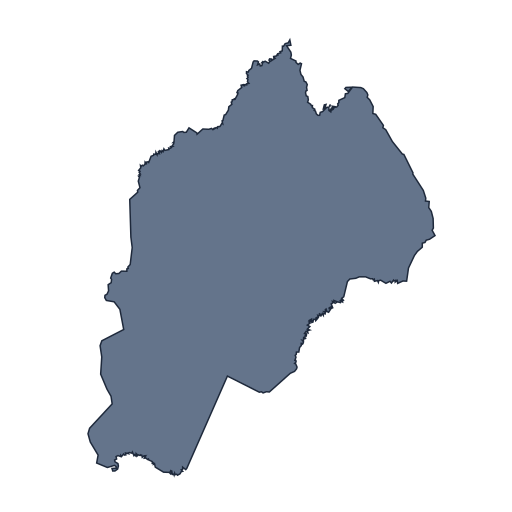 Mamberamo Raya, Papua, Indonesia, rotated 86°
{"feature_id": "22746128B39960960221771", "entity_name": "Mamberamo Raya", "entity_type": "district", "adm_level": 2, "iso_a3": "IDN", "parent_name": "Indonesia", "parent_adm1": "Papua", "projection": "orthographic", "projection_center": [137.649, -2.444], "detail": "fine", "context": "isolated", "style": "filled", "palette": "slate", "viewbox_px": 512, "rotation_deg": 86, "n_neighbors": 0, "source": "geoboundaries", "source_scale": "gbopen_adm2", "svg_char_len": 6063}
<svg xmlns="http://www.w3.org/2000/svg" viewBox="0 0 512 512"><g transform="rotate(86 256 256)"><path d="M291.6,107.5L278.6,104.7L266.5,97.9L262.7,94.7L258.8,89.5L254.8,89.2L254.3,86.5L252.1,85.1L251.4,81.7L248.1,76.0L242.6,78.5L240.5,77.1L230.9,76.7L223.7,78.0L219.8,80.3L213.7,79.4L213.0,83.1L210.1,82.6L202.3,84.5L185.2,93.9L184.0,93.6L165.0,101.4L164.5,102.9L151.3,112.0L139.0,117.8L136.9,120.5L134.6,119.8L123.0,126.7L122.0,129.5L115.1,128.7L108.1,131.7L105.5,134.0L103.1,133.2L100.7,134.0L96.6,137.2L95.3,139.7L94.2,147.9L100.2,153.1L100.4,155.5L104.2,156.4L106.5,162.5L108.8,162.7L109.9,163.9L111.4,163.5L113.0,165.1L113.2,167.6L115.1,168.8L116.0,170.9L117.4,171.3L116.0,173.1L112.6,172.9L112.6,175.0L116.6,179.5L117.2,181.9L120.1,182.7L120.0,184.4L118.4,185.9L115.5,186.6L114.8,187.8L113.7,187.1L111.9,189.5L109.9,189.2L109.9,190.2L108.4,190.9L106.2,193.8L103.9,192.9L100.5,193.2L99.8,194.7L96.6,195.2L94.8,194.6L94.4,193.5L91.2,193.8L88.6,192.9L85.8,194.1L85.1,195.7L80.7,196.6L78.0,198.5L73.8,199.2L67.4,197.2L66.6,198.5L67.8,200.6L65.7,202.6L64.3,202.5L61.3,207.8L58.0,206.7L55.1,207.0L48.4,210.8L48.2,206.5L42.8,207.2L45.6,209.0L46.2,212.1L48.7,213.9L48.5,215.0L53.2,215.5L53.8,217.8L55.0,217.2L55.8,220.3L57.0,220.2L56.8,221.0L57.8,221.5L58.2,224.5L59.0,224.4L58.6,223.4L59.7,224.2L60.2,223.3L62.3,227.1L60.6,226.7L60.3,228.7L61.5,229.4L62.7,228.6L64.6,229.9L62.3,233.3L63.1,234.9L62.5,235.6L63.6,236.8L64.3,236.1L66.5,236.9L66.7,238.5L64.6,238.9L65.4,241.1L62.6,240.0L61.6,241.0L61.2,244.3L62.2,245.3L68.5,247.4L70.3,250.1L72.0,250.9L71.5,252.6L73.3,252.8L75.1,251.3L75.8,252.1L77.1,251.4L78.4,252.7L79.2,251.7L81.6,252.4L83.3,251.1L83.6,253.5L84.6,253.4L84.3,255.4L85.4,255.6L85.1,256.8L84.2,256.8L84.6,259.0L86.9,258.5L89.7,262.6L91.7,263.6L92.1,262.6L93.8,263.2L97.4,265.5L97.6,266.5L98.3,266.2L98.5,268.8L100.4,269.1L100.8,270.0L103.0,269.5L105.2,272.7L108.6,273.4L112.8,276.4L113.2,277.9L118.6,279.6L118.8,280.4L121.8,280.0L121.2,280.7L124.3,282.9L124.3,285.1L125.6,285.6L125.0,286.0L126.4,289.0L125.6,288.6L125.8,289.2L126.9,290.2L125.6,291.5L126.3,294.2L125.6,300.2L130.4,306.3L129.0,306.5L123.5,313.9L127.7,316.9L127.7,319.4L126.7,320.4L127.1,325.4L130.0,328.9L136.2,329.8L137.0,330.7L137.0,330.0L138.4,330.3L140.3,332.0L140.8,331.4L140.9,333.5L141.9,332.8L142.5,333.8L142.2,335.6L143.7,335.4L144.3,339.5L142.7,340.4L145.4,341.4L144.3,342.4L146.0,343.1L144.7,343.9L145.6,344.8L144.4,345.1L145.3,346.2L147.2,345.3L147.0,347.3L148.1,347.6L145.6,348.6L147.6,348.9L147.2,350.9L148.4,351.1L149.2,353.7L155.2,356.5L154.5,357.1L154.7,359.0L157.0,358.8L154.8,360.1L156.8,360.4L158.2,362.2L157.5,363.1L158.5,364.2L157.7,364.9L160.0,364.8L162.4,367.1L163.4,365.8L164.3,366.7L166.2,365.6L166.6,366.8L167.8,366.0L168.1,367.6L169.4,366.8L173.1,368.2L179.8,367.0L182.3,369.7L184.1,369.5L190.7,378.0L228.5,379.5L239.0,378.9L255.7,382.1L258.1,384.6L259.5,384.3L259.8,385.7L262.2,385.9L261.7,391.3L263.9,394.0L263.9,397.2L262.2,398.6L263.2,400.5L267.9,402.5L269.2,401.7L272.5,402.3L274.3,405.5L280.5,405.5L283.7,407.3L284.7,409.4L287.0,409.8L289.9,408.4L291.8,400.7L299.7,395.5L320.1,393.1L329.8,415.7L334.6,417.8L346.0,416.9L363.0,419.2L378.3,414.0L385.8,410.4L393.5,409.8L416.2,434.0L421.6,436.0L430.0,434.3L443.6,427.4L451.4,429.4L456.6,419.0L455.0,411.8L456.3,410.2L457.9,410.2L457.9,414.5L460.5,413.9L460.6,411.7L458.9,408.9L455.9,407.9L453.4,408.2L451.5,411.0L449.7,411.3L448.8,409.2L446.3,409.6L445.5,407.6L446.7,404.7L445.6,404.7L446.5,404.0L444.3,401.9L445.4,401.2L445.3,399.7L443.4,399.9L444.3,397.0L443.6,397.4L443.2,395.9L444.0,393.7L442.9,393.0L446.6,391.7L445.7,391.0L446.9,390.0L445.4,389.6L446.7,389.2L445.5,388.7L446.9,388.0L446.1,387.4L446.9,385.6L445.8,384.5L446.8,384.9L446.8,383.8L448.9,383.5L447.5,381.6L447.5,380.8L448.2,382.0L448.3,380.3L449.9,381.4L449.8,380.1L451.4,378.4L451.0,377.5L451.8,377.5L453.8,373.9L454.9,373.3L455.7,374.6L455.4,372.7L456.7,372.9L456.2,371.7L459.6,371.2L465.2,363.3L465.9,357.0L464.1,356.0L464.8,354.9L466.5,355.4L467.0,356.7L467.6,356.2L467.0,354.7L468.1,354.6L468.4,353.4L467.2,353.2L468.7,352.9L467.0,352.3L468.5,351.9L468.2,350.3L469.2,349.6L468.0,347.0L465.8,345.5L465.7,344.2L464.0,345.4L463.6,344.0L461.5,343.9L464.2,341.0L463.1,339.9L373.8,292.9L392.1,262.2L391.8,260.0L393.1,258.5L392.1,255.1L392.6,252.2L375.4,230.0L373.8,225.6L371.4,223.4L369.7,222.8L366.2,224.0L365.9,224.9L364.4,223.4L363.0,223.5L362.8,224.5L359.8,223.2L357.8,223.8L356.9,222.7L354.7,222.4L354.8,220.0L350.3,218.9L348.6,217.1L346.3,217.0L346.5,215.9L347.6,216.6L346.8,215.3L345.0,214.6L343.5,215.6L343.9,214.6L340.9,214.2L342.0,213.0L341.5,212.3L340.7,213.4L339.1,212.1L338.0,212.8L339.1,211.4L337.2,211.0L336.7,213.0L334.8,211.5L336.1,209.6L334.1,210.0L333.6,207.6L332.5,209.9L330.1,207.2L328.5,209.6L326.9,206.9L325.6,207.7L325.6,205.9L324.0,207.4L322.9,205.1L324.7,205.4L324.4,203.8L326.1,204.6L325.9,203.8L323.2,203.1L323.3,201.3L324.7,201.0L323.8,200.1L322.0,200.5L321.2,198.9L323.4,199.5L321.3,197.9L319.4,198.5L320.0,196.4L317.4,196.8L320.1,195.3L318.2,194.0L319.8,193.0L317.9,192.9L318.6,191.1L317.2,190.8L316.2,191.9L316.3,190.0L314.4,190.6L313.8,189.8L316.4,189.1L317.2,187.5L313.9,185.0L313.6,186.7L312.8,186.6L312.0,184.6L313.3,183.9L313.0,183.1L309.0,184.3L308.2,182.7L306.7,182.9L308.0,181.2L305.8,181.4L306.8,179.3L308.3,179.6L307.4,177.9L308.4,175.0L307.1,174.4L307.9,172.9L306.6,173.1L306.3,174.8L305.2,173.5L306.7,172.8L306.3,171.9L304.2,173.5L302.8,171.3L287.9,166.6L285.5,164.0L285.2,158.0L284.0,154.5L284.4,148.2L286.8,143.3L286.8,141.3L288.0,140.7L287.4,139.6L289.5,139.6L289.0,136.5L290.8,135.8L289.1,135.3L288.8,133.4L292.3,128.3L290.6,124.1L292.4,122.8L289.7,120.5L290.5,120.1L290.0,118.4L291.6,118.8L290.3,116.8L293.2,116.6L291.2,111.2L291.6,107.5ZM94.3,148.7L94.1,154.5L95.3,155.7L98.4,152.4L94.3,148.7ZM109.7,175.6L110.0,177.3L114.0,178.6L113.8,177.4L109.7,175.6ZM116.1,172.2L117.1,171.5L115.9,171.2L114.1,169.6L113.7,170.3L116.1,172.2ZM111.9,169.5L113.7,168.9L112.4,167.3L111.9,169.5ZM111.6,171.8L110.0,171.2L111.3,172.1L111.6,171.8Z" fill="#64748b" stroke="#1e293b" stroke-width="1.5"/></g></svg>